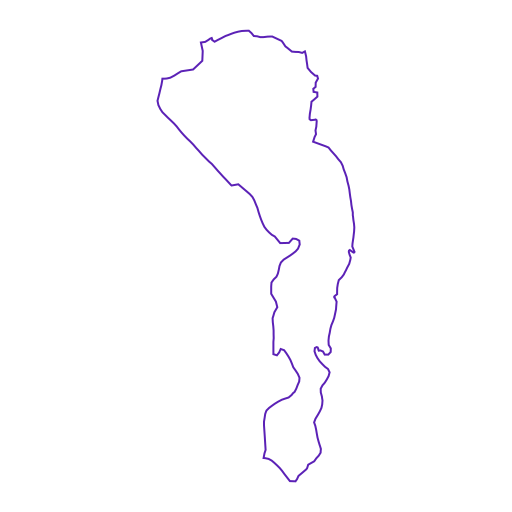 Khayran Al Muharraq, Hajjah, Yemen
{"feature_id": "15242507B46627972024874", "entity_name": "Khayran Al Muharraq", "entity_type": "district", "adm_level": 2, "iso_a3": "YEM", "parent_name": "Yemen", "parent_adm1": "Hajjah", "projection": "robinson", "projection_center": [43.359, 16.074], "detail": "fine", "context": "isolated", "style": "outline", "palette": "violet", "viewbox_px": 512, "rotation_deg": 0, "n_neighbors": 0, "source": "geoboundaries", "source_scale": "gbopen_adm2", "svg_char_len": 4386}
<svg xmlns="http://www.w3.org/2000/svg" viewBox="0 0 512 512"><path d="M162.4,78.7L162.2,80.6L161.4,85.1L160.4,89.0L159.4,93.3L158.4,97.2L157.5,100.8L158.4,105.1L160.3,109.0L162.4,112.2L165.2,115.0L167.8,117.6L171.0,120.6L174.1,123.6L176.8,126.6L179.1,129.6L181.5,132.5L184.2,135.5L187.0,138.4L187.4,138.8L190.1,141.3L193.3,144.6L196.1,147.9L198.8,150.8L202.2,154.7L205.5,158.0L208.1,160.6L209.0,161.5L211.8,163.9L214.7,167.2L217.9,170.9L220.4,173.6L223.1,176.6L225.9,179.5L228.4,182.2L231.0,185.0L231.6,185.5L238.3,184.3L249.7,194.0L252.3,196.8L252.8,197.6L254.3,200.4L255.9,204.4L257.4,207.9L258.6,212.2L259.8,215.9L261.2,219.8L262.7,223.4L264.4,226.9L266.6,229.8L269.1,232.4L271.8,234.8L274.8,236.5L280.2,243.1L288.9,242.9L292.7,238.6L295.0,238.8L296.2,239.0L299.3,240.7L299.7,244.5L298.0,248.7L295.6,251.4L292.8,253.6L290.0,255.6L286.7,257.7L283.7,259.6L280.9,262.5L279.5,266.0L278.8,269.7L277.9,273.5L277.4,274.7L276.4,276.8L273.7,279.4L271.5,282.5L271.2,286.4L271.2,290.1L271.2,293.8L275.9,301.6L276.9,305.6L277.3,307.2L274.4,312.2L273.3,316.0L272.6,318.2L272.8,322.2L273.3,326.5L273.6,330.6L273.6,334.4L273.7,338.1L273.4,342.0L273.4,354.2L276.9,355.3L279.2,352.4L280.7,349.0L284.1,350.2L286.3,353.2L288.5,356.6L290.4,360.0L291.9,363.6L292.2,364.4L293.3,367.3L295.5,370.4L297.8,373.9L299.5,377.8L299.2,381.5L297.7,384.9L296.3,388.6L294.6,391.9L293.0,393.2L291.6,395.0L288.6,397.5L285.1,398.6L282.5,399.5L281.9,399.7L278.1,401.7L274.7,403.8L271.9,405.8L269.1,407.9L266.5,410.5L265.8,412.2L265.2,414.0L264.6,418.0L264.0,421.6L264.0,425.3L264.4,431.1L264.8,437.1L265.6,449.9L264.5,453.3L263.6,458.0L264.9,458.1L268.6,458.9L271.7,460.6L274.3,462.8L277.2,465.5L279.8,468.1L282.2,471.0L284.3,473.9L289.9,481.1L295.2,481.3L295.5,481.3L295.6,481.1L297.0,479.2L298.5,475.9L302.1,472.9L306.3,469.3L307.1,468.2L308.2,464.7L314.2,461.3L316.3,458.3L318.7,455.7L320.6,452.7L320.7,450.8L320.9,449.0L319.8,445.4L319.7,445.2L318.6,441.6L317.5,437.5L316.8,433.6L316.1,429.5L315.3,425.8L314.1,422.4L315.5,418.7L318.0,414.6L319.8,411.4L321.4,408.0L321.9,405.8L322.2,404.4L322.5,400.5L322.1,398.1L321.9,396.5L320.8,392.5L320.7,388.7L322.5,385.3L324.1,383.5L324.9,382.5L326.9,379.3L328.6,376.1L329.6,372.3L328.9,370.9L328.0,369.0L325.0,366.8L322.6,364.4L322.2,364.0L319.7,361.3L317.4,358.0L315.7,354.8L314.5,351.2L314.9,348.0L316.6,347.1L317.6,347.4L318.2,348.5L318.3,349.6L318.8,350.7L320.3,350.4L323.0,351.5L324.7,354.6L328.3,354.6L330.7,352.0L330.8,348.4L328.7,344.9L328.5,340.6L328.9,336.5L329.2,335.1L329.7,332.9L329.9,331.7L330.4,328.8L331.4,325.1L333.0,321.3L334.2,317.9L335.0,314.2L335.4,312.3L336.0,309.4L336.2,306.5L336.3,305.2L336.6,301.7L335.1,298.5L334.8,297.7L334.3,297.5L334.2,296.7L334.6,296.1L337.1,294.2L337.1,292.1L337.2,287.9L337.8,284.0L338.8,280.1L341.7,277.3L343.8,274.5L344.8,272.4L345.5,271.1L346.0,270.2L347.1,267.8L349.2,263.9L350.3,259.9L350.7,257.5L350.3,256.5L349.6,254.7L348.8,251.9L349.0,250.6L349.8,250.0L351.8,251.4L352.9,252.2L353.6,252.6L354.3,252.4L354.5,251.8L354.2,251.2L352.3,246.5L352.5,243.6L353.1,239.5L353.4,237.6L353.6,235.7L354.1,231.4L354.3,227.6L354.3,227.3L354.0,223.8L353.4,220.0L353.0,216.3L352.8,215.3L352.8,212.4L352.0,208.5L351.4,204.9L351.0,201.1L350.3,197.1L349.8,193.4L349.3,189.4L348.6,185.9L347.4,181.4L346.6,177.2L345.1,172.9L343.8,169.6L343.6,169.0L342.7,165.8L340.9,162.2L338.2,159.1L336.0,156.2L333.6,153.5L330.8,150.4L329.4,148.6L328.5,147.5L325.7,146.3L313.1,141.7L314.6,137.0L316.0,134.2L315.5,130.4L316.3,126.7L316.7,121.2L316.5,120.1L315.7,119.5L314.5,119.8L310.9,120.2L309.6,119.2L309.5,117.8L309.9,113.6L310.6,109.5L311.1,105.7L311.5,101.7L313.8,99.8L317.1,96.9L317.4,96.6L317.4,96.3L317.3,92.5L313.6,91.9L313.3,88.8L315.6,86.9L315.7,82.6L318.0,78.6L317.2,75.8L315.1,75.6L311.0,72.0L307.6,67.9L307.1,64.1L306.5,60.1L306.2,57.2L306.1,56.3L305.2,52.5L304.9,51.4L302.2,52.9L298.8,52.0L295.4,51.9L291.9,51.6L287.4,47.9L285.4,46.4L282.7,42.3L281.6,40.9L272.2,36.5L267.9,36.6L263.6,37.1L260.1,37.1L257.2,36.3L253.8,36.0L251.5,33.1L248.8,30.7L245.4,30.8L241.7,31.0L238.1,31.7L234.7,32.6L233.8,32.9L231.3,33.8L228.0,35.1L226.0,35.8L224.7,36.4L221.1,38.3L217.7,40.0L214.6,41.7L212.1,39.9L212.1,39.1L211.7,38.0L210.2,38.6L208.4,39.9L205.2,41.9L200.9,42.5L202.7,50.8L202.7,51.7L202.3,60.8L193.1,69.5L181.2,71.3L177.9,73.3L174.3,75.6L170.3,77.7L166.8,78.5L164.4,78.7L163.4,78.7L162.4,78.7Z" fill="none" stroke="#5b21b6" stroke-width="2"/></svg>